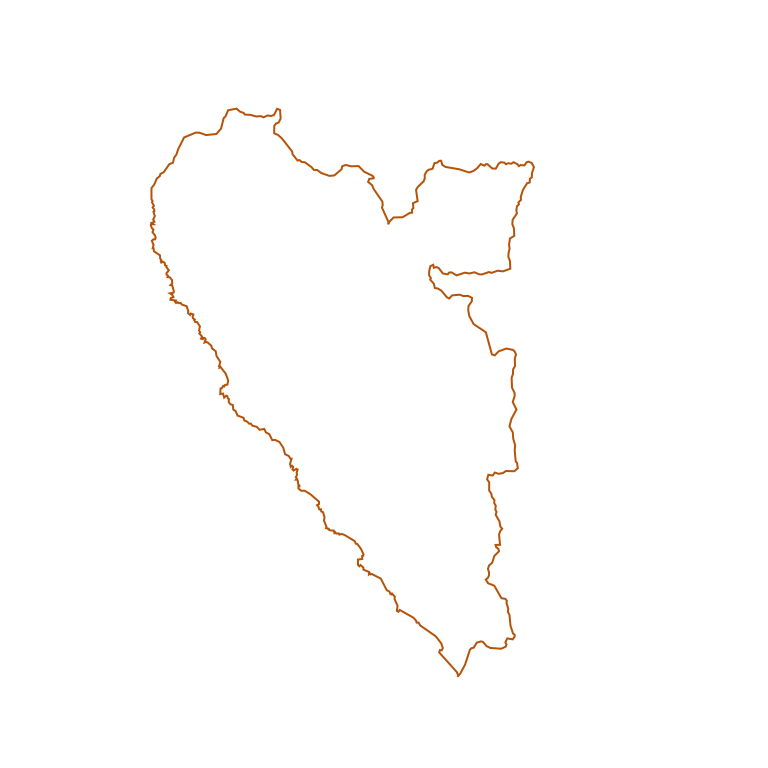 outline of Huarmey, Áncash, Peru, rotated 347°
{"feature_id": "86281439B24455260096548", "entity_name": "Huarmey", "entity_type": "district", "adm_level": 2, "iso_a3": "PER", "parent_name": "Peru", "parent_adm1": "Áncash", "projection": "natural_earth1", "projection_center": [-77.958, -10.151], "detail": "fine", "context": "isolated", "style": "outline", "palette": "amber", "viewbox_px": 768, "rotation_deg": 347, "n_neighbors": 0, "source": "geoboundaries", "source_scale": "gbopen_adm2", "svg_char_len": 6146}
<svg xmlns="http://www.w3.org/2000/svg" viewBox="0 0 768 768"><g transform="rotate(347 384 384)"><path d="M350.0,146.8L346.6,139.6L346.8,136.8L339.7,121.6L336.7,117.4L333.4,115.1L335.1,107.9L337.3,105.9L340.1,105.6L343.0,102.1L344.4,93.6L341.7,91.8L337.5,97.0L334.3,97.5L331.1,96.2L326.4,97.0L324.3,95.3L319.7,94.6L314.4,91.7L309.1,90.2L308.2,88.3L304.9,86.2L302.3,82.5L293.7,82.2L289.5,88.0L287.7,88.7L282.7,98.4L277.0,102.7L266.6,101.4L260.8,97.7L257.1,96.7L244.7,98.8L236.5,108.6L233.4,113.6L230.2,116.6L228.2,120.9L224.3,121.5L217.1,128.0L213.3,129.1L212.3,131.0L208.8,132.7L204.8,138.2L201.5,140.8L199.0,151.6L199.6,153.8L198.8,154.8L199.9,158.6L198.3,159.9L199.3,162.2L199.2,163.8L198.1,164.3L198.5,168.8L196.1,171.8L196.8,174.3L194.0,174.7L195.4,176.5L192.8,176.0L192.5,177.1L192.9,180.0L194.1,181.6L192.6,184.0L194.3,187.6L194.4,190.0L193.6,191.5L191.9,191.2L190.0,192.2L190.7,196.8L189.1,199.7L190.0,200.0L189.7,202.9L194.7,208.3L194.1,211.2L195.0,213.6L194.1,214.2L194.3,215.6L196.2,215.3L197.5,216.4L197.4,219.2L198.7,220.0L198.3,221.2L199.9,224.8L196.9,227.2L196.7,228.3L197.9,230.0L197.1,231.1L199.3,231.9L200.8,235.0L200.3,238.4L198.2,239.6L199.8,240.4L200.1,246.2L199.5,247.7L195.8,247.5L197.7,249.4L198.4,252.0L195.6,252.3L194.9,253.9L199.9,255.8L198.9,256.8L199.5,258.3L201.3,257.8L201.8,259.0L204.1,259.3L204.9,261.1L209.2,263.8L209.7,268.9L209.0,270.8L210.6,273.1L211.7,271.9L213.9,273.4L212.6,275.4L212.7,277.0L214.1,278.6L213.4,279.1L214.0,281.1L215.8,281.6L217.6,286.4L215.8,290.3L216.5,292.3L215.4,293.2L217.4,296.9L215.9,298.7L217.6,299.5L217.9,298.5L219.5,298.7L220.3,300.3L218.5,303.2L220.3,302.9L221.8,304.3L224.4,307.9L224.4,310.6L227.4,314.2L227.1,319.1L229.5,325.7L227.3,329.5L228.0,329.8L227.4,331.1L228.7,330.9L232.1,338.4L233.0,345.6L231.3,349.4L229.0,349.1L227.7,350.5L226.8,349.7L224.9,351.7L223.7,351.6L222.2,357.0L225.0,357.1L225.2,361.3L227.7,359.9L228.7,360.8L228.6,362.9L229.5,363.9L228.6,366.7L229.7,369.1L232.0,370.5L231.4,375.1L233.3,376.9L234.2,381.8L239.6,385.4L239.6,388.0L242.4,390.1L243.6,392.3L245.3,392.6L246.3,394.9L250.4,397.1L252.5,400.6L257.2,400.9L258.1,404.7L261.0,407.1L262.5,413.6L265.2,413.9L269.1,417.0L271.5,423.4L271.8,430.2L274.9,432.6L276.1,435.8L277.1,436.0L274.5,440.7L274.5,443.8L276.0,443.0L276.9,444.4L275.6,446.7L276.5,448.0L279.5,446.9L280.6,447.9L279.0,450.5L278.9,452.9L277.1,455.0L277.9,456.8L276.9,457.4L278.0,457.7L278.2,459.1L277.9,462.8L278.8,463.8L278.6,464.7L277.5,464.6L277.2,466.7L279.5,469.5L282.6,470.1L287.2,474.5L294.2,484.0L293.7,486.3L291.5,487.0L292.5,488.6L292.7,491.6L294.4,491.9L294.2,494.1L295.8,495.2L296.1,500.5L294.8,503.5L295.8,510.3L295.1,511.4L297.5,512.6L297.2,513.3L298.8,514.6L302.1,515.5L302.2,518.0L303.2,517.5L303.8,519.0L306.3,519.4L306.6,520.7L309.2,520.6L312.0,522.6L320.2,530.6L320.5,533.2L322.0,533.9L324.5,539.4L325.7,545.5L325.2,546.6L324.0,546.6L323.5,549.6L319.1,549.2L318.0,554.5L319.0,556.1L320.3,555.1L322.6,558.2L322.2,560.3L327.2,563.8L326.5,566.0L327.7,565.4L328.0,566.5L329.4,566.4L337.1,572.9L340.3,585.5L342.6,587.5L343.0,590.1L344.0,590.8L344.7,590.0L346.7,593.6L345.9,595.8L347.3,603.2L345.5,607.9L346.8,609.2L348.5,607.7L360.2,618.4L362.1,622.1L362.1,623.8L364.0,624.3L365.0,627.5L377.7,641.5L381.4,649.5L381.9,654.5L380.3,656.5L378.7,655.8L377.4,658.0L390.2,681.2L390.7,684.5L389.8,685.8L393.4,683.1L399.9,675.6L408.0,662.2L410.0,661.0L412.0,661.2L416.2,656.9L420.4,656.6L422.3,657.4L425.0,662.5L428.2,665.1L438.6,668.3L443.5,667.3L444.8,665.3L444.1,663.1L446.9,659.6L452.0,661.8L454.5,659.4L454.9,657.6L453.6,656.2L452.9,647.9L454.3,637.2L453.4,633.7L454.5,630.9L454.1,625.1L454.9,622.8L454.0,620.7L450.2,619.1L446.1,605.3L440.6,601.6L439.1,597.5L441.6,596.3L443.1,594.3L444.0,591.4L443.7,587.6L445.5,584.5L449.2,582.5L452.8,576.4L458.4,572.9L458.4,570.5L456.5,567.8L456.5,565.9L460.9,566.8L462.2,556.7L463.9,553.8L466.6,551.6L465.3,549.1L465.6,543.8L463.4,536.6L464.9,533.8L464.2,531.4L465.5,527.8L464.6,524.7L465.5,521.9L463.7,518.2L463.9,515.1L462.5,511.4L464.4,503.5L463.0,500.1L465.2,496.0L469.4,497.6L472.0,495.2L475.5,497.3L479.9,497.5L483.2,496.2L491.3,498.3L495.4,496.2L495.9,491.0L494.9,489.1L496.5,477.5L498.0,473.3L497.6,466.5L498.6,460.1L496.7,453.5L500.3,446.7L507.3,438.7L505.4,430.5L508.8,424.7L509.2,421.9L507.9,416.4L509.8,406.5L511.9,403.3L513.1,398.8L515.7,396.0L517.2,388.5L519.3,384.9L518.6,381.6L517.4,379.8L511.2,377.0L502.9,378.0L498.5,381.0L495.8,379.5L494.9,356.5L484.8,345.8L482.4,337.0L482.6,331.3L483.9,327.0L488.2,323.1L489.1,319.8L485.8,317.1L480.9,316.1L477.9,314.0L470.3,313.0L466.7,315.4L464.7,313.5L461.0,306.1L458.0,303.1L455.1,301.9L455.1,297.5L452.5,292.7L453.5,291.4L452.4,288.2L453.5,284.0L455.7,279.6L458.8,278.9L458.8,282.0L461.6,281.9L463.4,283.4L466.3,289.6L470.8,291.5L472.3,290.1L474.9,290.4L479.2,294.5L487.8,293.7L492.0,295.5L497.3,295.5L501.5,298.6L504.2,299.3L511.4,298.5L513.8,299.9L520.3,299.2L525.2,301.0L533.0,300.1L534.4,292.6L533.8,288.0L534.8,284.4L536.8,280.4L537.2,276.3L539.5,270.5L544.3,268.9L545.6,261.5L545.0,257.1L546.3,252.9L551.9,247.7L552.0,244.5L553.5,240.8L555.9,239.3L555.8,237.3L558.9,235.4L559.3,232.5L563.1,226.1L568.6,220.6L571.3,220.4L572.3,216.9L574.5,215.9L575.6,211.8L578.9,206.4L577.6,201.9L574.9,199.9L572.8,200.0L570.0,202.6L566.3,201.4L564.4,202.1L563.5,199.9L560.0,197.0L557.8,198.0L554.5,196.8L552.3,197.3L551.0,195.3L547.6,194.2L545.3,195.1L541.4,199.3L538.0,198.4L534.3,193.2L532.9,192.7L531.0,193.9L527.7,191.4L523.5,194.6L518.9,196.6L514.4,197.0L505.6,191.7L492.7,186.3L490.0,183.5L489.9,179.3L488.0,179.0L485.7,180.3L482.9,180.1L479.7,185.2L475.5,185.3L473.4,186.4L470.7,189.3L470.0,192.8L468.2,195.4L461.1,199.7L458.9,202.1L457.9,213.4L452.9,214.3L452.2,219.2L450.6,220.2L449.9,223.4L447.6,223.1L439.5,225.7L430.8,223.9L425.8,227.1L424.0,229.4L424.7,226.8L421.7,211.7L423.1,209.1L423.4,205.8L417.7,191.4L417.2,187.7L414.0,183.5L415.8,180.8L420.1,181.3L420.5,180.5L419.6,178.5L412.4,172.7L408.2,165.9L400.9,164.5L396.1,162.0L392.3,162.4L390.8,165.3L382.5,169.6L377.5,168.9L370.3,164.3L367.1,160.5L363.8,159.6L362.2,156.4L356.7,150.1L353.8,149.2L352.0,146.8L350.0,146.8Z" fill="none" stroke="#b45309" stroke-width="2"/></g></svg>